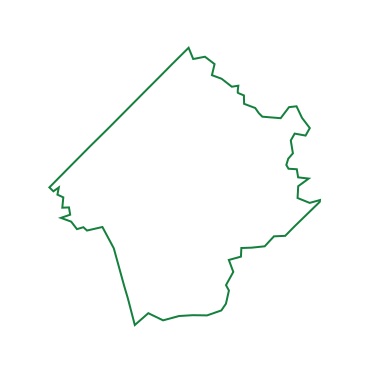 the district of Fayette, Pennsylvania, United States of America, rotated 135°
{"feature_id": "52423323B77989580775491", "entity_name": "Fayette", "entity_type": "district", "adm_level": 2, "iso_a3": "USA", "parent_name": "United States of America", "parent_adm1": "Pennsylvania", "projection": "equal_earth", "projection_center": [-79.699, 39.932], "detail": "fine", "context": "isolated", "style": "outline", "palette": "green", "viewbox_px": 384, "rotation_deg": 135, "n_neighbors": 0, "source": "geoboundaries", "source_scale": "gbopen_adm2", "svg_char_len": 1103}
<svg xmlns="http://www.w3.org/2000/svg" viewBox="0 0 384 384"><g transform="rotate(135 192 192)"><path d="M107.2,95.8L116.5,101.1L121.6,113.1L112.8,121.0L100.0,119.0L106.6,127.3L101.8,134.0L107.3,140.2L106.2,144.4L100.4,147.5L93.3,148.0L85.7,158.6L78.1,160.7L71.8,151.6L63.5,153.9L61.8,166.6L57.5,178.7L63.4,183.4L77.1,181.5L89.0,195.5L89.0,200.5L87.9,206.7L92.8,217.5L87.0,223.6L89.4,229.4L89.3,230.0L88.4,230.9L87.4,231.8L84.1,234.4L89.4,238.3L91.0,251.2L95.3,260.5L85.6,266.5L87.2,278.5L97.1,285.2L92.4,296.4L116.2,296.5L133.1,296.4L149.8,296.4L207.5,296.2L208.4,296.2L230.9,296.4L257.9,296.3L289.6,296.1L289.5,290.5L283.0,289.4L289.0,285.3L286.8,279.2L294.8,272.6L289.9,268.1L294.2,262.1L303.0,266.4L298.4,256.5L299.6,247.1L293.7,243.9L293.5,239.0L280.1,230.6L287.1,207.5L306.4,173.5L312.7,161.9L326.5,138.4L308.6,137.2L303.2,121.7L288.9,113.5L278.6,104.4L268.6,94.1L255.0,87.5L247.0,89.0L235.6,96.2L233.8,102.1L219.3,106.3L214.0,117.9L203.1,111.7L196.7,117.5L189.1,110.4L179.0,102.2L165.4,102.7L157.1,95.1L143.6,95.2L108.6,94.7L107.2,95.8Z" fill="none" stroke="#15803d" stroke-width="2"/></g></svg>